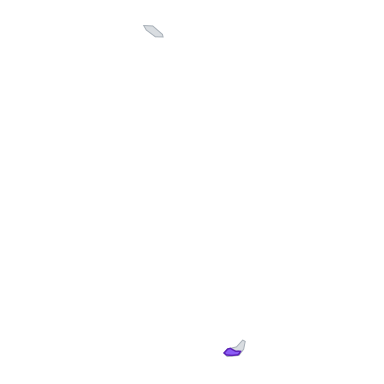 where Sigave sits in Wallis and Futuna, rotated 290°
{"feature_id": "WLF-4995", "entity_name": "Sigave", "entity_type": "state/province", "adm_level": 1, "iso_a3": "WLF", "parent_name": "Wallis and Futuna", "parent_adm1": "", "projection": "equal_earth", "projection_center": [-178.148, -14.273], "detail": "fine", "context": "in_parent", "style": "filled", "palette": "violet", "viewbox_px": 384, "rotation_deg": 290, "n_neighbors": 0, "source": "natural_earth", "source_scale": "10m", "svg_char_len": 546}
<svg xmlns="http://www.w3.org/2000/svg" viewBox="0 0 384 384"><g transform="rotate(290 192 192)"><path d="M69.8,293.1L62.0,294.3L54.4,291.9L49.4,281.4L51.7,277.0L56.6,279.1L61.7,286.8L70.2,290.3L69.8,293.1ZM330.0,110.3L327.8,111.8L325.3,104.5L328.6,93.6L331.9,89.7L334.6,98.3L330.0,110.3Z" fill="#d9dde1" stroke="#a8b0b8" stroke-width="1"/><path d="M58.8,292.1L56.0,291.6L54.6,290.6L52.1,285.4L50.6,280.1L51.7,277.2L56.6,279.2L58.2,281.5L57.6,284.9L57.3,287.7L58.3,290.0L58.8,292.1Z" fill="#8b5cf6" stroke="#5b21b6" stroke-width="1.5"/></g></svg>